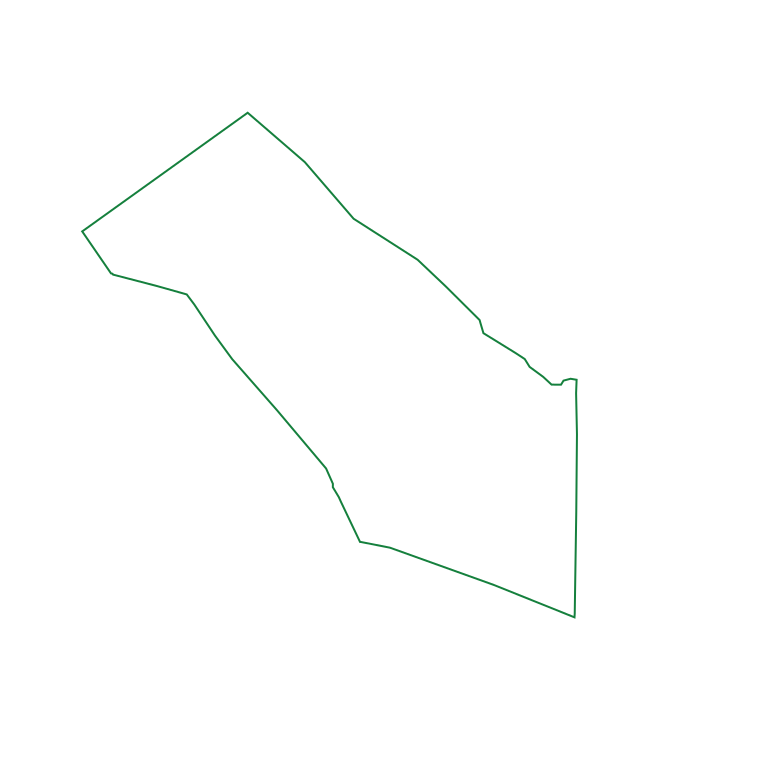 the district of Timbedgha, Hodh ech Chargui, Mauritania, rotated 145°
{"feature_id": "47542326B26087332325113", "entity_name": "Timbedgha", "entity_type": "district", "adm_level": 2, "iso_a3": "MRT", "parent_name": "Mauritania", "parent_adm1": "Hodh ech Chargui", "projection": "equal_earth", "projection_center": [-8.178, 16.265], "detail": "fine", "context": "isolated", "style": "outline", "palette": "green", "viewbox_px": 768, "rotation_deg": 145, "n_neighbors": 0, "source": "geoboundaries", "source_scale": "gbopen_adm2", "svg_char_len": 716}
<svg xmlns="http://www.w3.org/2000/svg" viewBox="0 0 768 768"><g transform="rotate(145 384 384)"><path d="M494.2,570.5L493.8,557.9L494.7,520.7L494.1,491.4L486.7,423.9L479.9,348.0L483.1,331.6L485.1,328.8L485.9,317.2L486.8,312.5L494.2,268.5L494.2,268.3L493.8,268.1L473.2,246.7L472.8,246.2L409.3,156.4L361.8,83.6L359.4,86.6L299.9,168.9L254.8,232.1L231.9,266.3L223.8,277.0L228.2,281.3L235.0,283.8L239.4,281.9L247.1,287.4L249.5,298.5L254.9,314.5L254.4,323.7L258.3,333.5L273.4,368.6L269.9,379.0L269.0,381.5L277.4,428.3L285.2,466.5L314.1,536.8L321.6,611.2L340.1,684.4L543.1,682.1L543.7,682.1L544.2,631.2L543.2,630.1L543.2,629.0L513.4,594.0L494.2,570.5L494.2,570.5Z" fill="none" stroke="#15803d" stroke-width="2"/></g></svg>